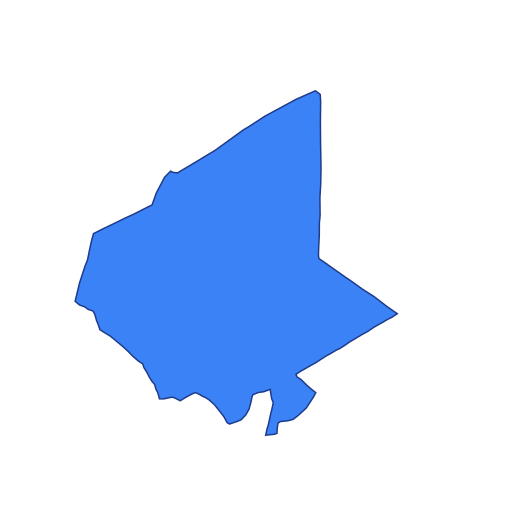 Suq Al-Shoyokh, Dhi-Qar, Iraq (Robinson projection), rotated 211°
{"feature_id": "34846034B93046718311053", "entity_name": "Suq Al-Shoyokh", "entity_type": "district", "adm_level": 2, "iso_a3": "IRQ", "parent_name": "Iraq", "parent_adm1": "Dhi-Qar", "projection": "robinson", "projection_center": [46.449, 30.814], "detail": "fine", "context": "isolated", "style": "filled", "palette": "blue", "viewbox_px": 512, "rotation_deg": 211, "n_neighbors": 0, "source": "geoboundaries", "source_scale": "gbopen_adm2", "svg_char_len": 2002}
<svg xmlns="http://www.w3.org/2000/svg" viewBox="0 0 512 512"><g transform="rotate(211 256 256)"><path d="M387.7,124.0L382.2,123.1L376.5,124.2L372.2,123.8L367.4,124.9L364.0,122.9L362.0,121.0L359.5,118.6L356.6,116.5L354.6,114.8L351.9,112.5L348.6,112.3L345.5,112.3L339.8,112.3L330.5,110.9L323.5,109.8L317.0,108.5L309.8,106.6L302.9,105.4L297.6,105.2L294.4,102.5L289.3,99.9L285.0,97.2L280.5,94.9L276.7,93.7L273.3,90.4L270.3,88.6L267.7,86.3L265.2,83.8L261.4,86.1L258.0,89.3L255.3,91.7L253.2,92.4L247.9,92.8L246.4,92.9L244.1,97.4L241.4,102.1L238.9,106.0L237.4,107.8L233.3,108.2L230.0,108.2L226.0,108.7L222.1,108.5L214.9,107.1L207.4,104.3L200.5,101.6L195.0,98.3L192.2,98.3L187.3,104.0L184.3,108.1L182.9,114.6L183.1,121.3L185.1,128.2L186.7,132.7L187.3,135.4L183.7,140.2L179.4,143.7L175.2,149.0L173.2,146.6L169.1,141.8L165.7,139.2L163.7,133.5L161.7,127.0L159.6,121.0L158.2,116.5L157.6,113.8L155.4,107.4L148.5,112.6L146.7,114.8L149.1,119.3L151.1,124.1L149.7,126.8L143.9,131.1L140.0,135.1L137.6,141.4L136.0,146.9L134.6,151.6L134.1,165.0L134.4,169.7L140.4,170.4L146.4,171.5L150.4,172.5L154.2,173.4L158.3,173.4L160.8,175.1L158.2,180.6L155.4,185.5L152.4,190.9L149.8,195.3L148.0,199.1L144.5,206.3L141.8,210.8L138.9,216.3L136.5,219.9L134.0,224.9L131.3,231.0L128.1,236.8L124.6,243.4L121.4,248.8L118.4,255.3L115.8,260.1L113.2,264.4L110.6,269.4L108.1,273.2L105.6,278.4L105.2,279.3L117.3,280.1L133.8,282.0L147.7,282.4L161.3,283.5L168.8,283.9L183.7,285.0L194.0,285.8L200.8,286.2L203.1,289.2L207.6,297.3L212.5,306.5L218.6,316.8L221.9,323.7L231.3,339.0L237.1,350.1L245.2,364.3L259.1,386.5L270.1,404.5L279.9,421.3L284.1,427.5L285.7,427.8L290.2,428.2L302.2,411.2L320.3,380.6L328.9,362.9L331.7,357.8L345.4,325.7L356.0,305.7L363.9,290.9L366.2,286.7L370.6,284.8L372.9,284.8L374.9,276.5L373.9,258.8L371.4,246.1L374.1,242.1L376.6,238.1L382.5,228.7L387.8,221.0L394.1,211.2L400.9,200.9L406.8,191.6L405.0,184.9L401.7,175.1L398.5,166.2L397.3,159.1L393.4,142.1L387.7,124.0Z" fill="#3b82f6" stroke="#1e3a8a" stroke-width="1.5"/></g></svg>